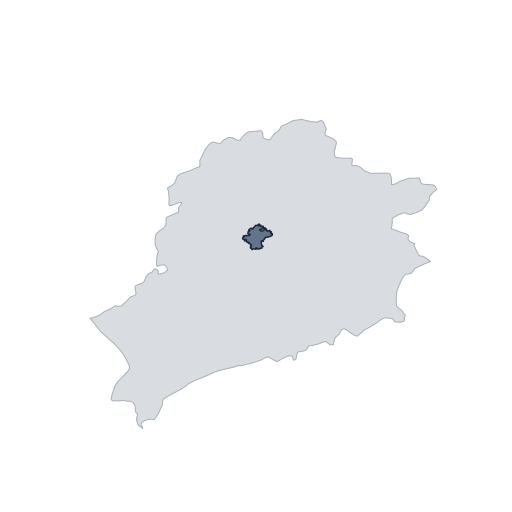 Smalyavichy, Minsk, Belarus (highlighted), rotated 335°
{"feature_id": "67162791B46914171064537", "entity_name": "Smalyavichy", "entity_type": "district", "adm_level": 2, "iso_a3": "BLR", "parent_name": "Belarus", "parent_adm1": "Minsk", "projection": "equal_earth", "projection_center": [28.153, 53.988], "detail": "fine", "context": "in_parent", "style": "filled", "palette": "slate", "viewbox_px": 512, "rotation_deg": 335, "n_neighbors": 0, "source": "geoboundaries", "source_scale": "gbopen_adm2", "svg_char_len": 8664}
<svg xmlns="http://www.w3.org/2000/svg" viewBox="0 0 512 512"><g transform="rotate(335 256 256)"><path d="M411.6,334.7L403.9,334.3L394.7,334.5L389.5,337.3L383.9,335.9L379.9,337.5L370.9,345.2L367.4,349.4L364.1,355.8L362.2,360.5L363.3,363.9L365.1,366.9L365.5,370.3L366.4,372.9L364.2,374.8L362.9,377.6L359.0,377.1L354.2,374.5L353.2,370.6L349.5,368.0L347.1,366.6L343.1,366.4L336.8,367.6L328.6,368.6L322.4,368.8L319.0,370.2L314.0,371.5L312.0,369.9L309.2,365.6L306.9,361.3L305.3,359.4L303.9,358.9L302.3,359.0L300.3,360.4L298.9,361.8L293.7,363.4L291.4,364.9L288.9,368.9L287.2,368.6L285.5,367.7L283.5,363.3L280.8,362.3L276.4,362.2L271.0,361.3L266.6,359.9L265.0,360.2L262.4,362.1L259.6,362.4L253.4,360.7L252.2,361.5L248.6,366.4L246.9,366.6L246.0,366.0L246.5,361.7L242.9,360.2L236.9,360.0L232.6,360.6L230.5,360.5L229.5,359.6L224.3,352.5L221.6,352.1L216.6,352.4L209.3,351.6L201.0,350.0L196.4,349.4L194.0,347.8L188.8,347.3L175.0,344.3L169.4,343.7L161.0,343.7L148.4,343.0L140.2,343.4L136.4,344.4L132.1,345.0L117.0,345.8L111.6,346.6L110.0,348.1L108.1,351.4L101.7,357.0L95.6,360.8L94.5,361.1L91.0,359.1L88.1,358.4L84.6,358.2L82.2,358.8L80.6,359.8L80.7,364.2L80.3,364.5L77.8,359.4L78.2,354.7L79.7,352.0L81.6,349.6L81.0,346.0L82.9,341.2L83.0,337.8L82.3,336.3L80.9,334.6L77.1,332.7L75.4,331.2L70.1,329.2L65.0,326.7L64.1,325.2L64.4,324.2L65.4,322.6L69.5,318.0L74.0,313.6L76.9,311.8L91.8,306.1L94.1,304.1L94.8,300.7L94.7,293.9L94.0,287.7L93.0,283.5L90.4,275.5L83.3,259.1L79.3,242.1L82.3,243.1L89.2,243.5L94.8,242.3L97.7,242.2L100.2,242.5L107.5,241.6L109.3,243.1L112.5,244.4L118.9,242.5L124.7,240.1L130.5,240.4L131.4,239.2L133.0,233.2L134.8,231.9L141.8,232.5L144.4,231.5L147.2,228.5L151.3,226.7L154.8,226.7L158.4,224.6L160.2,226.0L161.0,228.5L159.8,230.5L160.3,231.2L162.7,232.2L167.0,232.2L169.8,231.4L170.4,230.2L170.4,228.2L169.8,226.3L168.0,224.6L164.6,223.8L162.3,223.8L161.9,222.7L162.7,220.5L164.9,216.4L167.5,212.7L169.1,211.3L169.4,210.0L169.2,207.7L169.2,203.7L171.6,198.1L174.8,193.8L178.9,192.5L184.0,191.7L187.3,189.7L188.9,187.4L190.4,183.8L192.0,183.1L204.2,183.5L206.1,179.9L207.1,178.9L209.5,177.9L211.1,176.6L210.5,175.6L207.4,175.0L200.1,174.4L198.7,173.2L199.1,171.8L201.1,168.1L203.1,163.3L204.1,159.6L204.2,157.5L205.2,156.9L211.2,156.2L213.2,155.4L218.4,150.4L222.3,149.6L232.3,150.9L236.9,150.8L242.8,151.1L243.3,150.6L245.4,145.7L255.3,137.8L260.6,135.0L264.0,134.4L265.2,134.6L270.5,138.7L271.8,138.9L275.3,137.2L281.4,137.0L284.3,138.5L288.4,143.6L290.5,144.2L296.4,141.3L299.7,140.4L301.9,140.4L313.2,144.4L314.0,145.7L314.1,147.2L312.4,151.8L314.8,154.7L317.5,156.6L323.3,153.4L325.4,152.5L327.7,152.5L330.8,151.3L333.1,149.5L335.2,148.9L339.4,149.3L346.9,148.9L355.6,151.7L356.4,152.6L360.8,155.9L362.4,157.5L363.8,158.0L366.2,159.7L369.3,160.7L371.5,160.4L372.5,160.9L373.5,162.2L373.6,164.3L373.4,170.5L370.4,173.8L370.0,174.9L370.1,176.3L372.7,179.0L376.0,183.2L376.8,185.6L376.8,187.4L372.5,192.8L371.1,194.1L370.2,196.7L369.7,199.4L370.0,200.5L377.4,204.8L382.9,207.1L384.1,208.3L384.3,209.0L381.5,213.6L381.2,214.8L385.6,216.7L388.1,219.8L390.3,224.7L394.6,229.4L410.2,236.4L411.6,237.6L412.1,239.1L411.7,242.4L409.0,248.6L411.7,249.5L418.5,249.2L426.9,250.0L437.0,254.4L437.1,256.4L436.1,258.2L436.8,260.1L438.0,261.7L446.8,266.6L447.6,268.1L447.9,270.5L447.7,272.2L445.3,272.6L442.7,273.4L438.4,275.5L436.7,278.5L429.8,282.7L425.5,284.5L422.0,284.6L413.8,283.8L410.8,281.7L409.6,279.9L406.4,279.0L402.1,278.9L396.3,279.3L395.2,279.8L394.2,282.1L391.9,286.1L390.1,288.3L397.7,296.1L401.5,299.3L402.7,301.3L402.7,302.7L401.0,304.3L401.3,307.7L405.1,312.1L403.8,312.7L403.6,318.1L403.8,323.9L404.8,325.3L406.8,326.5L408.5,328.6L411.3,333.4L411.6,334.7Z" fill="#d9dde1" stroke="#a8b0b8" stroke-width="1"/><path d="M268.4,228.1L268.0,228.3L267.6,228.5L267.1,228.8L266.7,228.9L266.3,229.1L265.9,229.2L265.6,229.4L265.4,229.5L265.2,229.7L265.1,229.9L264.9,230.2L264.7,230.2L264.6,229.9L264.6,229.6L264.3,229.4L264.2,229.6L263.7,229.6L263.5,229.1L263.3,228.8L262.9,228.7L262.7,228.7L262.3,228.8L262.0,228.8L261.6,229.0L261.2,229.1L260.8,229.2L260.5,229.3L260.4,229.5L260.6,229.9L260.8,230.1L261.0,230.4L260.8,230.6L260.5,230.7L260.3,230.6L260.1,230.5L259.8,230.5L259.2,230.7L258.9,230.9L258.8,231.2L258.7,231.5L258.3,231.9L258.2,232.1L258.2,232.4L258.3,232.7L258.5,232.9L258.9,233.1L259.2,233.3L259.5,233.4L259.7,233.5L259.6,233.9L259.4,234.1L259.3,234.5L259.2,234.6L258.9,234.6L258.6,234.6L258.4,234.5L258.0,234.4L257.7,234.3L257.3,234.1L257.0,233.9L256.7,233.7L256.4,233.7L256.2,233.7L255.9,233.5L255.9,233.3L255.7,233.1L255.2,233.0L254.8,233.0L254.5,233.0L254.1,233.0L253.9,232.9L253.8,232.7L253.3,232.6L252.9,232.6L252.8,233.0L253.0,233.4L253.2,233.5L253.3,233.6L253.3,233.8L252.8,233.8L252.5,233.8L251.9,233.8L251.5,234.0L251.4,234.2L251.3,234.6L251.2,234.9L251.3,235.2L251.5,235.4L251.7,235.6L252.2,235.8L252.5,236.0L252.6,236.4L252.6,236.6L252.4,236.8L252.2,236.8L252.0,237.1L252.1,237.5L252.4,237.6L252.5,237.6L252.9,237.4L253.0,237.3L253.3,237.1L253.6,236.9L253.8,236.9L254.1,237.0L254.0,237.4L253.8,237.6L253.6,237.9L253.6,238.1L253.6,238.4L253.7,238.5L253.4,238.9L253.4,239.1L253.6,239.3L253.8,239.5L253.9,239.9L254.0,240.1L254.3,240.3L254.5,240.3L254.8,240.3L255.0,240.3L255.1,240.5L255.2,240.9L254.9,241.1L254.7,241.3L254.8,241.6L255.0,241.8L255.3,241.9L255.6,242.1L255.8,242.4L256.0,242.7L256.0,243.2L256.1,243.5L256.3,243.8L256.5,244.1L256.3,244.4L256.0,244.4L255.7,244.4L255.5,244.5L255.2,244.6L255.1,244.9L255.2,245.1L255.4,245.3L255.4,245.5L255.2,245.9L254.9,246.0L254.5,246.1L254.4,246.3L254.5,246.6L254.6,246.8L254.9,247.0L255.2,247.1L255.3,247.3L255.3,247.5L255.2,247.7L255.1,247.9L255.0,248.1L255.0,248.3L255.2,248.5L255.5,248.5L256.1,248.5L256.6,248.5L257.0,248.6L257.4,248.8L257.6,249.0L257.9,249.1L258.2,249.3L258.3,249.5L258.6,249.7L258.7,249.8L258.9,249.9L259.2,249.7L259.2,249.3L259.1,249.0L259.2,248.8L259.5,248.8L260.0,249.0L260.1,249.5L260.4,249.7L260.6,249.9L260.6,250.1L260.7,250.4L260.7,250.5L260.9,250.6L261.1,250.6L261.3,250.5L261.7,250.5L261.8,250.6L261.8,250.8L261.9,251.0L262.2,251.0L262.4,250.9L262.5,250.8L262.9,250.9L263.4,251.0L263.6,251.1L264.1,251.3L264.3,251.3L264.5,251.3L264.7,251.1L264.8,250.9L264.9,250.6L265.0,250.4L265.6,250.3L265.8,250.4L266.1,250.4L266.3,250.4L266.3,250.2L266.3,249.8L266.2,249.5L266.1,249.3L265.8,249.0L265.7,248.6L265.9,248.3L266.0,248.0L265.9,247.7L265.9,247.2L265.9,246.9L266.1,246.7L266.4,246.5L266.6,246.4L266.8,246.0L266.8,245.8L266.8,245.3L266.8,245.1L267.0,244.7L267.3,244.6L267.5,244.7L267.7,244.9L267.9,245.0L268.1,245.2L268.3,245.4L268.5,245.5L268.8,245.7L269.0,245.5L269.1,245.3L269.2,245.0L269.3,244.8L269.5,244.7L269.8,244.6L270.1,244.5L270.5,244.4L270.8,244.3L270.9,244.1L271.2,243.9L271.3,243.7L271.5,243.7L271.8,243.5L272.0,243.6L272.3,243.5L272.5,243.3L272.6,243.2L272.8,243.1L273.1,243.0L273.6,243.2L273.8,243.4L273.9,243.6L274.1,243.8L274.4,243.9L274.5,243.9L274.8,243.8L275.3,244.0L275.5,244.1L275.9,244.1L276.5,244.1L277.2,244.2L277.8,244.2L278.2,244.3L278.6,244.2L279.0,244.1L279.3,244.1L279.5,243.9L279.8,243.6L279.9,243.4L280.1,243.1L280.1,242.9L280.1,242.5L279.7,242.3L279.1,242.2L278.9,242.0L278.9,241.8L278.9,241.6L279.2,241.4L279.5,241.4L279.8,241.1L279.9,240.7L280.0,240.4L279.7,240.2L279.3,240.0L279.1,239.9L279.1,239.6L279.1,239.4L279.3,239.2L279.4,238.8L279.1,238.6L278.8,238.6L278.5,238.6L278.3,238.7L278.1,238.7L277.8,238.6L277.6,238.4L277.4,238.2L277.0,238.0L276.7,238.0L276.4,237.8L276.5,237.6L276.7,237.4L276.8,237.3L276.8,237.0L276.4,236.8L276.0,236.5L275.9,236.4L275.9,236.2L276.1,236.0L276.4,235.9L276.6,235.7L276.2,235.4L276.2,235.1L276.3,234.8L276.3,234.7L276.0,234.4L275.8,234.4L275.6,234.1L275.3,233.8L274.8,233.7L274.5,233.9L274.5,234.1L274.5,234.3L274.6,234.6L274.7,234.9L274.8,235.2L274.9,235.4L274.8,235.6L274.6,235.6L274.2,235.7L273.9,236.0L273.7,236.0L273.2,236.1L272.9,236.1L272.4,236.1L272.0,236.0L271.8,235.9L271.5,235.6L271.2,235.4L270.9,235.2L270.8,234.9L270.8,234.7L270.7,234.5L270.6,234.4L270.4,234.2L270.4,233.8L270.8,233.7L271.1,233.7L271.4,233.7L271.6,233.9L271.8,234.0L272.2,234.0L272.4,234.0L272.7,234.1L273.0,234.1L273.6,233.8L273.8,233.7L274.0,233.5L274.2,233.4L274.5,233.1L274.7,232.9L274.9,232.7L275.0,232.5L275.1,232.3L275.0,232.1L274.8,231.9L274.5,231.9L274.2,231.9L273.7,231.8L273.1,231.7L273.0,231.3L273.1,231.0L273.2,230.8L273.3,230.6L273.4,230.4L273.3,230.1L273.2,230.0L273.0,229.8L272.6,229.8L272.2,229.8L271.7,230.1L271.4,230.0L271.1,229.8L271.0,229.6L271.3,229.3L271.4,229.1L271.8,229.0L272.1,228.9L272.3,228.6L272.3,228.4L271.9,228.3L271.3,228.5L271.0,228.6L270.6,228.7L270.2,228.7L269.8,228.6L269.4,228.5L268.9,228.4L268.5,228.2L268.4,228.1Z" fill="#64748b" stroke="#1e293b" stroke-width="1.5"/></g></svg>